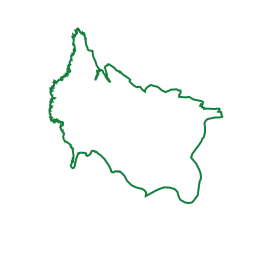 Waterford City East Lea-6, Waterford, Ireland (orthographic projection), rotated 120°
{"feature_id": "5873133B90521383760938", "entity_name": "Waterford City East Lea-6", "entity_type": "district", "adm_level": 2, "iso_a3": "IRL", "parent_name": "Ireland", "parent_adm1": "Waterford", "projection": "orthographic", "projection_center": [-7.041, 52.202], "detail": "fine", "context": "isolated", "style": "outline", "palette": "green", "viewbox_px": 256, "rotation_deg": 120, "n_neighbors": 0, "source": "geoboundaries", "source_scale": "gbopen_adm2", "svg_char_len": 5878}
<svg xmlns="http://www.w3.org/2000/svg" viewBox="0 0 256 256"><g transform="rotate(120 128 128)"><path d="M82.3,175.9L82.8,176.4L82.6,176.8L83.1,177.2L83.4,176.8L85.9,178.4L87.0,178.4L92.7,172.6L94.0,172.5L94.5,171.3L95.1,170.6L95.3,169.4L96.6,167.6L96.8,165.9L97.1,167.8L95.8,171.0L95.2,171.4L95.0,172.8L93.7,174.0L92.6,177.0L91.2,178.5L91.1,180.3L91.5,180.9L92.9,180.9L93.5,181.7L94.4,182.0L94.6,181.4L96.5,180.6L99.4,180.6L100.8,180.2L101.7,180.5L103.0,179.9L101.9,180.7L101.0,180.6L99.7,181.2L96.5,181.4L94.0,183.3L93.7,182.7L92.7,182.6L92.2,182.1L91.3,182.5L89.6,186.3L86.8,189.3L83.4,194.0L79.0,197.3L80.4,201.0L80.0,202.2L78.9,203.0L76.4,206.4L74.9,207.2L74.2,208.1L73.1,208.4L72.7,209.0L71.8,209.1L71.6,209.6L71.9,209.8L70.5,210.7L69.7,212.3L69.0,212.2L68.6,213.1L67.9,213.3L68.0,214.1L67.6,213.8L68.0,214.2L68.4,214.0L68.2,214.7L68.9,214.3L69.3,214.5L68.8,215.4L69.3,215.7L68.8,216.1L69.0,217.3L67.9,218.7L67.9,219.6L67.3,219.7L67.0,220.5L67.5,220.6L67.3,221.4L67.7,221.6L68.5,221.7L68.8,221.3L68.9,221.8L69.8,221.8L70.0,221.2L70.3,221.0L70.1,221.5L70.3,221.6L70.8,220.9L70.7,221.4L71.1,221.0L71.1,220.4L70.8,220.5L70.9,219.9L71.5,219.6L72.0,220.0L72.9,219.9L73.4,220.4L73.9,219.9L75.0,219.9L75.3,220.1L74.5,221.3L75.0,221.0L74.7,222.0L76.1,221.0L76.1,222.0L76.4,221.0L76.8,221.7L77.4,221.0L77.3,220.3L78.2,219.8L78.6,219.0L83.2,217.3L83.3,216.7L82.8,216.5L83.5,215.5L85.9,213.7L85.8,214.0L86.3,214.2L86.8,213.6L86.5,213.3L87.7,212.3L88.4,212.6L87.8,213.2L88.0,213.8L90.2,212.2L91.1,212.3L91.2,212.8L91.6,212.2L91.9,212.5L92.0,212.2L92.7,212.4L93.0,213.3L93.8,213.3L94.0,212.8L94.6,212.9L96.3,211.6L96.2,211.9L97.0,211.9L98.3,211.3L99.2,211.5L100.6,211.2L101.5,210.6L101.8,209.9L102.6,210.7L103.1,209.9L103.8,210.1L104.1,209.7L104.9,209.7L104.9,210.1L105.2,209.7L105.2,210.1L106.0,209.5L106.4,209.7L106.8,208.9L107.1,209.7L107.6,209.1L107.5,209.5L108.2,209.2L107.3,206.7L108.0,206.3L108.5,206.5L108.4,207.8L108.6,208.1L108.9,207.8L109.1,208.8L109.6,208.7L110.5,207.9L110.9,208.1L111.0,207.6L111.4,208.1L112.1,207.1L112.4,207.7L113.1,207.3L112.9,208.4L113.2,208.2L113.3,208.6L113.9,208.5L114.1,209.1L114.8,208.5L115.3,209.4L116.3,209.2L116.2,209.8L116.6,210.4L117.3,210.2L117.6,211.0L118.1,211.2L118.7,210.6L119.0,209.0L119.6,209.1L119.9,210.9L120.5,211.2L120.7,211.9L124.0,212.5L123.9,213.8L124.5,213.1L124.9,213.0L124.2,214.9L124.4,214.8L124.5,215.3L125.6,215.3L125.5,214.8L126.7,214.1L128.3,213.2L129.5,213.3L130.5,212.5L131.0,213.2L130.8,213.6L131.3,213.4L131.6,213.7L131.4,214.4L132.0,214.3L132.4,213.6L132.4,214.3L133.1,214.3L133.1,214.6L134.2,213.5L134.5,212.6L135.1,213.2L135.3,212.8L135.8,212.9L136.1,212.4L136.8,212.2L137.7,211.0L137.6,209.8L139.1,209.1L139.4,208.0L138.8,206.3L139.4,206.5L140.2,208.1L140.9,208.0L141.1,208.4L142.1,207.4L142.6,207.5L142.6,208.0L143.0,207.5L143.3,207.8L143.3,207.1L143.8,207.8L144.1,207.6L144.1,208.0L144.7,208.0L145.3,207.4L145.1,207.0L145.5,207.4L146.6,207.1L147.4,206.0L147.3,205.5L147.9,205.8L148.0,205.5L148.2,205.9L148.7,205.3L148.5,205.9L149.0,205.6L149.4,205.1L149.1,204.7L149.8,204.9L150.1,205.4L150.5,205.2L150.4,205.4L151.1,204.5L150.8,205.4L151.3,204.7L151.3,205.1L152.0,204.8L151.7,204.1L152.2,204.5L154.1,203.4L155.1,202.5L154.9,202.0L156.7,200.8L156.9,199.9L157.0,200.1L157.4,199.7L157.3,200.2L158.0,199.6L158.1,199.0L158.5,198.9L158.5,199.4L159.1,198.4L159.1,199.2L159.3,199.1L160.0,198.1L159.2,197.7L159.2,197.1L160.2,194.7L159.3,193.6L159.7,195.0L159.1,196.5L157.9,196.2L157.6,196.9L157.6,195.7L158.7,194.7L158.3,193.9L157.1,194.6L156.5,194.4L157.1,193.5L156.3,192.9L156.7,192.7L156.7,192.1L157.2,192.0L156.9,191.5L157.6,191.6L157.9,190.6L157.7,190.8L157.2,190.0L156.5,190.1L156.3,189.4L157.1,188.7L156.3,188.6L155.7,187.8L155.9,186.9L158.3,185.8L158.7,186.0L158.8,186.9L159.7,187.5L160.5,186.8L161.4,187.0L162.4,185.1L163.0,185.0L163.5,183.8L162.9,183.2L164.2,182.7L164.4,181.1L164.8,181.1L165.2,180.4L167.8,179.9L169.7,178.3L171.3,175.6L170.9,175.1L170.8,173.8L171.3,169.1L172.7,168.5L172.5,167.6L173.2,167.3L173.6,166.2L173.4,165.3L174.3,165.2L178.5,161.8L180.9,160.4L181.2,160.6L181.9,160.1L182.1,160.5L183.2,159.7L183.1,160.0L183.4,160.1L184.0,159.3L184.4,159.7L184.8,159.2L185.0,159.8L186.6,159.1L189.3,158.7L190.3,157.1L190.4,155.7L189.9,155.2L187.5,155.0L185.9,156.0L183.8,156.3L181.6,157.2L175.0,158.4L174.5,157.7L174.1,157.9L172.9,156.4L171.3,153.3L171.0,151.5L172.4,150.7L172.6,149.4L171.2,148.3L168.8,147.5L168.0,147.9L165.7,147.7L164.9,146.1L165.1,144.2L164.6,144.1L164.5,143.1L165.2,140.8L165.2,138.5L166.5,133.2L170.0,125.9L173.0,121.5L174.0,120.9L173.8,120.4L174.2,119.4L173.9,118.7L173.5,118.2L171.7,117.4L171.1,115.6L170.7,115.4L170.7,114.7L170.0,114.1L170.1,113.1L169.7,112.7L171.2,107.2L174.2,102.5L175.8,96.2L175.5,91.8L174.4,87.6L173.7,86.0L173.7,82.7L174.8,80.0L178.1,78.6L166.9,71.7L162.3,68.0L160.9,66.3L158.6,61.6L157.6,57.1L158.4,53.6L162.6,49.2L164.0,46.8L164.0,41.5L162.9,38.3L160.6,35.4L158.2,34.8L151.4,34.0L138.9,39.1L135.1,39.6L131.2,42.3L129.1,44.7L124.8,51.0L122.1,58.5L120.2,58.9L118.4,59.4L113.5,58.8L111.5,58.6L106.9,58.0L102.9,57.8L100.2,58.3L98.4,57.8L97.3,58.0L94.5,58.7L91.0,60.4L89.5,61.3L88.8,61.8L87.8,62.5L87.2,63.0L86.4,63.7L84.9,64.3L82.9,64.4L81.6,64.0L81.3,63.9L80.1,63.2L75.1,57.5L73.2,54.2L71.6,52.3L71.0,52.0L69.7,53.8L67.7,55.1L68.7,58.0L67.2,57.5L65.6,58.4L66.8,60.7L68.1,62.2L71.7,69.2L73.4,71.8L72.4,72.3L73.2,74.5L71.7,75.0L72.6,76.6L70.9,76.8L70.1,75.4L68.0,76.0L68.0,77.9L70.5,85.4L70.5,90.7L72.5,93.1L75.5,99.3L73.6,100.3L72.7,99.9L71.0,100.1L69.3,101.3L70.1,102.5L70.2,105.3L73.5,110.2L75.5,111.3L78.2,113.6L78.4,117.8L77.5,122.6L79.5,129.9L83.3,131.8L86.6,132.2L88.0,131.5L87.7,134.6L86.3,138.2L88.3,141.0L88.3,144.4L87.0,149.8L86.4,150.2L85.2,150.1L84.7,151.6L84.3,158.3L83.7,161.2L84.0,163.0L83.1,163.0L83.9,166.7L82.8,169.6L82.3,175.9ZM130.3,213.7L129.8,213.9L130.2,214.0L130.3,213.7Z" fill="none" stroke="#15803d" stroke-width="2"/></g></svg>